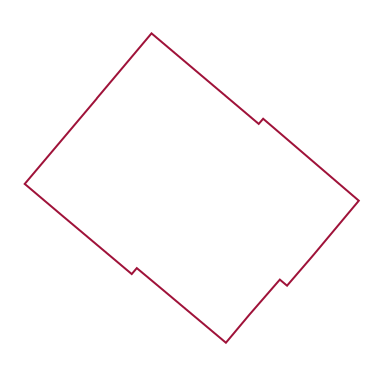 Webster, Missouri, United States of America (Mercator projection), rotated 309°
{"feature_id": "52423323B1657804385540", "entity_name": "Webster", "entity_type": "district", "adm_level": 2, "iso_a3": "USA", "parent_name": "United States of America", "parent_adm1": "Missouri", "projection": "mercator", "projection_center": [-92.915, 37.277], "detail": "fine", "context": "isolated", "style": "outline", "palette": "rose", "viewbox_px": 384, "rotation_deg": 309, "n_neighbors": 0, "source": "geoboundaries", "source_scale": "gbopen_adm2", "svg_char_len": 359}
<svg xmlns="http://www.w3.org/2000/svg" viewBox="0 0 384 384"><g transform="rotate(309 192 192)"><path d="M96.2,313.2L132.8,313.8L179.2,315.4L179.0,324.8L219.2,326.0L290.2,327.1L293.7,201.2L286.9,201.0L289.8,60.7L205.2,59.1L204.5,59.2L93.0,56.9L92.0,103.6L90.3,196.8L98.1,197.0L97.8,219.3L96.2,313.2Z" fill="none" stroke="#9f1239" stroke-width="2"/></g></svg>